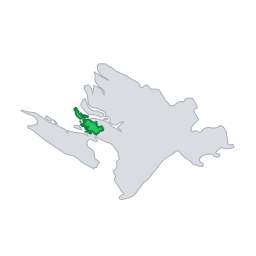 location of Noakhali, Chittagong, Bangladesh, rotated 130°
{"feature_id": "16705992B96773862439533", "entity_name": "Noakhali", "entity_type": "district", "adm_level": 2, "iso_a3": "BGD", "parent_name": "Bangladesh", "parent_adm1": "Chittagong", "projection": "robinson", "projection_center": [91.099, 22.578], "detail": "fine", "context": "in_parent", "style": "filled", "palette": "green", "viewbox_px": 256, "rotation_deg": 130, "n_neighbors": 0, "source": "geoboundaries", "source_scale": "gbopen_adm2", "svg_char_len": 9018}
<svg xmlns="http://www.w3.org/2000/svg" viewBox="0 0 256 256"><g transform="rotate(130 128 128)"><path d="M92.2,179.2L92.2,173.4L88.6,161.8L88.8,160.6L88.0,155.0L87.1,151.9L86.7,148.7L88.9,144.0L88.0,143.2L83.2,141.7L82.6,140.5L83.7,135.9L80.2,131.5L78.9,128.2L82.6,117.6L83.6,110.3L83.3,108.8L81.1,107.2L77.1,106.5L74.3,105.1L72.6,103.1L71.2,102.2L69.5,102.8L67.3,102.0L65.5,100.0L63.9,97.4L64.5,94.7L67.5,88.2L68.6,88.0L71.1,89.2L72.0,89.3L73.7,86.7L76.0,79.4L84.1,80.0L86.0,79.8L88.0,79.2L89.2,78.2L89.8,77.1L89.6,76.1L87.1,74.7L86.1,73.6L85.5,70.7L84.7,69.6L79.9,69.5L77.4,68.1L76.0,66.9L73.5,62.9L70.5,60.0L67.6,59.3L66.5,58.3L65.9,56.8L66.2,54.6L67.7,50.4L75.8,41.2L76.0,40.2L75.7,39.1L73.4,37.6L73.2,36.9L73.9,35.0L75.2,34.7L78.0,36.5L80.8,39.3L82.4,41.8L82.5,43.8L84.7,44.2L86.5,45.0L88.4,44.8L89.6,45.3L90.4,45.1L90.8,43.9L89.2,41.1L90.0,39.9L91.8,39.9L93.1,41.0L94.1,43.2L94.2,46.6L96.4,49.8L99.2,52.0L101.4,53.0L104.1,53.7L106.4,53.0L107.6,50.8L107.1,48.9L107.4,47.2L108.4,46.2L109.8,46.3L110.9,47.6L114.0,55.1L113.3,58.3L114.0,67.4L113.2,73.3L113.7,75.6L114.2,76.0L118.9,77.1L125.8,79.5L131.0,80.3L154.7,79.7L159.8,80.9L175.6,80.0L179.9,81.9L184.6,85.0L187.3,87.2L187.7,88.6L187.4,89.7L186.6,90.3L185.0,90.3L181.2,88.8L180.6,89.3L180.6,92.8L177.6,101.8L177.1,104.5L176.1,105.6L173.0,106.2L170.9,111.4L170.0,112.0L168.0,110.9L166.7,111.1L165.1,111.6L163.5,112.8L162.4,114.3L161.2,114.8L156.7,114.7L155.9,117.1L153.0,120.3L151.0,128.7L151.1,131.2L153.6,137.9L155.3,146.6L156.0,147.5L156.8,147.6L156.8,143.6L157.6,143.1L158.7,143.5L160.8,148.9L161.9,150.2L163.8,150.6L165.9,149.8L167.4,148.2L168.1,146.5L167.5,140.7L168.5,138.3L172.1,134.8L172.6,133.7L172.4,127.8L173.7,127.6L175.6,128.1L177.9,126.7L178.6,126.7L179.5,128.2L181.2,127.9L183.6,139.5L183.9,147.7L184.4,152.3L185.3,153.3L188.1,160.1L190.7,184.2L191.0,199.4L192.1,204.6L191.2,205.8L190.3,206.0L189.5,204.2L183.7,200.3L182.2,200.7L180.3,203.0L179.5,205.1L179.8,208.0L180.4,210.9L181.8,212.5L182.0,214.4L183.5,221.2L183.1,221.3L179.9,215.0L176.0,208.9L174.7,197.9L174.6,192.4L172.0,186.0L169.5,174.9L170.6,170.9L168.7,172.6L165.8,166.0L161.3,159.4L159.9,156.5L159.9,153.7L157.9,156.5L155.3,158.5L152.5,161.5L150.7,162.4L145.0,163.0L141.7,159.0L137.0,149.2L136.3,146.9L137.0,141.2L135.8,135.7L135.5,130.9L134.7,131.3L134.3,132.6L134.5,134.7L134.2,136.4L126.2,135.3L129.6,138.1L133.2,138.8L135.1,141.4L135.3,145.7L131.7,148.2L132.0,150.4L134.1,153.0L131.5,153.8L130.8,155.5L130.8,158.0L132.5,161.8L132.2,163.2L135.2,168.2L135.8,170.6L135.1,173.9L128.5,180.7L126.7,185.5L125.0,187.7L123.0,188.2L120.6,185.9L120.6,183.5L121.1,181.7L124.5,177.2L122.6,177.8L117.3,181.5L116.3,178.5L115.7,175.7L115.7,172.3L118.2,167.2L115.4,169.7L114.5,172.9L114.9,176.7L114.5,179.3L113.4,182.8L111.8,184.9L109.3,186.2L108.2,188.2L106.6,189.7L106.0,182.8L104.2,173.4L103.8,175.4L104.8,181.2L104.7,185.0L103.3,188.0L100.6,191.2L98.5,191.7L97.2,191.2L93.3,186.3L93.0,181.8L92.2,179.2ZM140.3,179.4L135.5,180.5L133.0,180.1L137.6,171.7L137.5,167.9L136.7,164.8L134.4,162.3L134.3,160.5L133.2,158.1L132.7,155.3L135.3,154.4L137.4,156.0L138.1,159.2L139.2,161.6L142.8,166.6L142.8,169.6L141.8,177.1L140.3,179.4ZM150.7,176.6L147.8,178.8L148.7,165.5L150.9,170.4L151.5,173.1L150.7,176.6ZM162.0,169.9L160.7,170.9L159.5,170.0L158.0,166.9L158.7,162.9L159.2,162.3L161.1,166.4L162.0,169.9ZM173.0,198.1L171.3,198.3L170.5,197.3L170.9,196.0L170.4,191.6L172.6,191.2L173.4,194.8L173.0,198.1ZM171.1,186.0L169.9,190.3L169.4,188.4L170.2,184.6L171.1,186.0ZM136.5,151.2L137.0,152.6L134.3,150.8L133.6,149.5L134.8,148.8L136.5,151.2Z" fill="#d9dde1" stroke="#a8b0b8" stroke-width="1"/><path d="M145.5,145.7L145.3,145.8L145.2,145.9L145.2,146.3L145.1,146.5L144.9,146.7L145.1,147.1L144.8,147.3L144.6,147.0L144.6,147.4L144.4,147.5L144.3,147.3L144.2,147.4L144.3,147.7L144.3,147.9L144.1,147.8L143.9,147.6L143.7,147.7L143.8,148.0L144.0,148.1L144.0,148.3L144.1,148.5L144.3,148.6L143.9,148.6L143.9,148.9L143.7,148.7L143.4,149.1L143.5,149.3L143.6,149.5L143.9,149.5L144.3,149.5L144.3,149.8L144.5,149.8L144.5,150.0L144.7,150.4L145.0,150.3L145.0,150.0L145.2,150.4L145.4,150.4L145.4,150.5L145.6,150.6L145.8,150.5L146.1,150.9L146.2,150.7L146.5,150.7L146.4,150.9L146.5,151.1L146.4,151.2L146.6,151.3L146.4,151.4L146.5,151.6L146.2,151.9L146.3,152.2L146.2,152.2L146.2,152.4L146.0,152.7L146.0,152.9L146.3,153.1L146.0,153.5L146.1,153.9L146.0,154.0L145.9,154.0L145.7,154.3L145.3,154.4L145.2,154.4L145.3,154.5L144.9,154.4L144.8,154.6L145.0,154.8L144.9,155.1L145.0,155.2L144.9,155.3L144.8,155.2L144.8,155.5L144.6,155.5L144.5,156.0L144.0,155.9L143.5,156.1L143.8,156.4L144.1,156.5L145.1,157.1L146.0,157.9L146.0,159.2L146.8,159.5L147.0,160.3L146.5,160.8L146.2,161.6L146.6,162.1L146.8,162.7L147.0,163.9L147.7,164.5L148.1,165.0L148.7,166.3L149.0,165.4L149.5,165.1L149.7,164.8L150.1,164.7L150.3,164.2L150.3,164.3L150.1,164.7L149.8,164.8L149.5,165.1L149.1,165.4L148.8,166.6L149.1,167.2L149.4,167.5L150.0,167.8L150.4,167.9L151.0,167.5L151.1,167.1L151.1,166.8L151.9,166.1L152.1,165.8L151.9,165.5L151.3,165.5L150.9,165.6L151.0,166.1L150.0,166.5L149.7,166.5L149.9,166.2L150.8,166.1L150.9,165.6L150.7,164.8L150.9,164.8L150.9,165.3L151.0,165.4L151.6,165.3L152.3,165.3L152.5,165.1L152.9,165.3L153.2,164.6L153.3,164.6L153.5,164.2L153.7,163.7L153.7,163.4L153.9,163.5L154.5,162.3L154.4,162.0L154.2,162.0L154.3,161.9L153.9,161.7L154.3,161.9L154.4,161.7L154.3,161.2L153.9,160.2L153.7,160.1L153.4,160.3L153.4,159.9L153.0,159.5L152.8,159.4L152.4,159.5L152.2,158.9L151.9,158.6L152.3,158.8L152.4,159.2L152.9,159.2L153.7,159.7L153.8,159.5L154.1,159.4L154.4,158.6L154.8,158.2L155.6,158.0L156.8,158.0L157.2,157.8L157.2,157.6L156.7,157.4L156.1,157.0L155.7,156.9L155.7,156.5L155.2,156.0L155.3,155.7L155.7,155.9L155.8,155.8L155.6,155.6L155.6,155.2L155.2,155.2L155.7,154.9L155.7,154.7L155.8,154.8L155.7,155.0L155.9,155.0L156.0,154.5L156.2,154.8L156.3,154.7L156.2,154.6L156.3,154.3L155.9,154.4L156.1,153.9L155.9,154.0L155.7,153.8L155.9,153.7L156.1,153.8L156.1,153.3L156.3,153.4L156.1,153.0L156.0,152.8L155.9,152.9L155.7,152.9L155.7,153.0L155.2,153.2L154.9,153.4L154.6,153.4L154.2,153.2L154.2,153.4L154.0,153.5L153.9,153.8L153.7,153.5L153.4,153.4L153.4,153.0L153.6,153.1L153.8,152.9L153.7,152.4L153.8,151.7L153.7,151.7L153.8,151.3L153.5,151.2L153.7,150.8L153.7,149.6L153.9,149.3L153.7,149.0L153.8,148.9L153.6,148.7L153.7,148.2L153.1,148.1L153.1,147.8L152.8,147.9L152.7,148.1L152.6,147.8L152.2,147.8L152.2,148.0L151.7,148.0L151.6,147.8L151.3,147.7L151.2,147.7L151.0,147.4L150.4,147.4L150.4,147.6L150.0,147.5L149.7,147.5L148.7,147.7L148.8,147.5L148.3,147.5L147.9,147.3L147.7,147.1L147.5,146.3L147.3,146.4L147.3,146.5L147.1,146.5L147.1,146.3L146.9,146.2L146.6,146.3L146.4,146.1L146.1,146.2L146.1,145.9L146.0,145.7L145.5,145.8L145.5,145.7ZM150.4,170.2L150.2,169.9L149.3,169.5L148.5,169.1L148.6,170.5L148.4,170.6L148.4,170.9L148.2,171.0L148.4,171.3L148.4,171.6L148.5,172.7L148.4,174.4L148.0,176.1L147.6,177.1L147.3,177.6L146.7,178.4L146.6,178.6L146.7,178.8L146.9,179.0L147.9,179.5L148.1,179.7L148.8,179.2L149.7,178.1L149.9,178.0L150.3,178.0L150.3,177.5L150.6,177.3L150.8,177.2L151.1,176.8L151.2,176.1L151.8,174.7L151.8,174.3L151.8,174.0L151.8,173.2L151.7,172.7L151.8,171.7L151.7,170.5L151.4,169.9L151.0,170.0L150.6,170.2L150.4,170.2ZM156.0,165.3L155.8,165.1L156.0,165.1L155.9,164.2L155.2,162.8L154.5,163.6L154.1,164.3L154.1,164.5L154.0,164.9L153.9,165.5L154.4,166.1L154.6,166.6L155.0,166.5L155.0,166.3L155.4,166.2L155.2,165.9L155.3,165.9L155.6,166.1L155.7,165.9L155.8,165.9L155.9,165.7L155.6,165.5L155.8,165.6L155.7,165.4L155.9,165.6L156.0,165.5L156.0,165.3ZM146.9,170.6L147.4,170.1L147.5,169.2L147.7,168.9L147.8,168.2L147.5,167.7L147.0,167.4L146.5,167.3L146.2,167.6L146.2,168.3L146.6,170.3L146.9,170.6ZM147.4,179.5L146.6,179.0L145.9,179.6L145.8,179.9L145.8,180.6L146.0,181.3L146.3,181.5L147.2,180.8L147.0,181.0L147.3,180.9L147.4,181.0L147.9,179.9L147.7,179.6L147.4,179.5ZM155.9,158.6L155.1,158.8L154.7,159.1L154.5,159.3L154.5,159.7L154.8,160.5L155.0,160.9L155.4,161.3L155.8,160.7L156.1,160.1L156.2,159.1L155.9,158.6ZM146.9,174.4L147.3,173.5L147.5,171.9L147.0,171.5L147.2,172.0L147.1,172.5L147.1,173.1L146.9,173.6L146.9,174.4ZM147.5,171.3L147.9,171.2L148.0,171.0L147.7,170.2L147.1,170.9L147.2,171.1L147.5,171.3ZM148.8,180.5L148.9,180.3L148.8,180.2L148.5,180.2L147.9,180.5L148.0,180.5L148.1,181.0L148.2,181.3L148.8,180.5ZM144.7,166.3L145.9,166.0L146.0,165.9L146.0,165.7L145.9,165.4L144.6,166.2L144.7,166.3ZM145.6,168.4L145.7,167.6L145.9,167.2L145.5,167.0L145.1,167.3L145.6,168.4ZM156.1,156.8L156.7,157.2L157.0,156.9L156.9,156.5L156.8,156.4L156.7,156.5L156.1,156.8ZM153.7,169.0L153.9,168.9L153.9,168.6L153.7,168.2L153.5,168.3L153.4,168.5L153.5,169.0L153.7,169.0ZM146.9,176.6L147.0,176.6L147.4,175.8L147.1,176.1L146.9,176.6ZM148.1,170.6L148.1,170.3L147.9,169.8L147.7,170.0L147.9,170.6L148.1,170.6ZM157.9,157.5L158.0,157.9L158.3,158.1L158.3,157.8L157.9,157.5ZM146.2,169.6L146.0,168.8L145.7,168.7L145.9,169.0L146.2,169.6ZM154.2,168.0L154.2,167.8L154.2,168.0ZM157.0,156.9L156.9,157.0L157.1,157.1L157.0,156.9Z" fill="#22c55e" stroke="#15803d" stroke-width="1.5"/></g></svg>